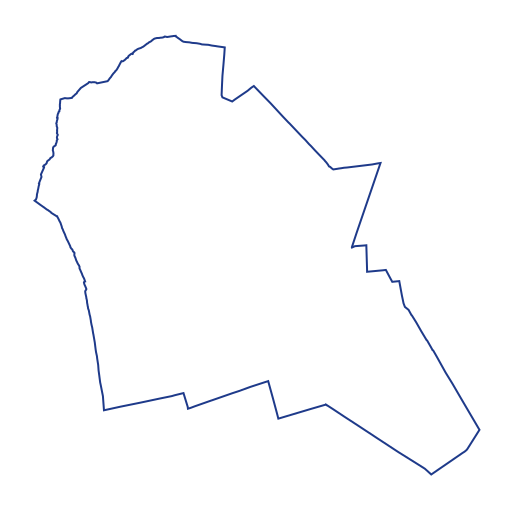 the district of Buzias, Timis, Romania, rotated 179°
{"feature_id": "2599482B41254091250904", "entity_name": "Buzias", "entity_type": "district", "adm_level": 2, "iso_a3": "ROU", "parent_name": "Romania", "parent_adm1": "Timis", "projection": "orthographic", "projection_center": [21.63, 45.631], "detail": "fine", "context": "isolated", "style": "outline", "palette": "blue", "viewbox_px": 512, "rotation_deg": 179, "n_neighbors": 0, "source": "geoboundaries", "source_scale": "gbopen_adm2", "svg_char_len": 6070}
<svg xmlns="http://www.w3.org/2000/svg" viewBox="0 0 512 512"><g transform="rotate(179 256 256)"><path d="M448.8,416.0L448.9,415.7L449.0,415.3L449.0,415.1L449.0,414.7L449.2,413.2L449.2,412.4L449.4,411.3L449.5,410.3L449.4,409.9L449.5,409.0L449.4,407.8L449.4,407.3L449.3,407.1L449.3,406.7L450.1,405.0L450.1,404.7L450.1,404.0L450.8,403.5L451.0,403.1L451.1,402.5L451.1,402.3L451.4,401.9L451.8,401.0L451.9,400.3L452.3,398.3L452.5,397.9L452.6,397.6L452.5,397.4L452.4,397.3L452.0,397.8L451.9,397.6L452.1,396.5L452.2,395.9L452.5,395.2L452.8,394.2L452.9,393.1L453.3,392.4L453.4,392.2L453.3,391.8L453.0,390.8L453.0,390.4L453.0,389.7L453.0,389.2L452.6,388.2L452.5,387.9L452.5,386.8L452.6,386.1L452.8,385.2L452.7,384.9L452.6,384.6L452.6,384.4L452.7,384.1L452.7,383.5L452.7,383.0L452.9,382.7L452.9,382.1L452.4,381.3L452.1,380.7L452.2,380.2L452.6,379.5L452.8,378.9L453.0,378.0L452.9,377.2L452.7,376.7L452.5,376.4L452.4,376.2L452.5,376.0L453.0,375.3L453.2,374.9L453.2,374.1L453.4,373.3L453.6,372.6L454.1,371.7L454.3,371.1L454.2,370.7L454.3,370.4L454.5,370.1L454.7,369.9L455.4,369.5L456.2,369.0L456.5,368.8L457.1,367.5L457.1,366.8L457.2,366.1L457.3,365.5L457.3,365.1L457.0,364.2L456.7,362.3L456.8,361.4L456.8,361.2L456.8,360.6L456.8,360.2L457.1,359.6L457.6,359.0L457.8,358.9L458.4,358.3L458.8,358.0L459.7,357.7L460.0,357.2L460.2,356.9L460.8,356.1L462.9,354.6L463.3,353.9L463.4,353.6L463.6,353.0L463.7,352.5L463.9,352.2L464.7,351.4L465.7,350.7L466.5,350.3L466.8,350.0L467.2,349.1L466.3,348.6L466.4,348.1L469.6,341.3L469.1,338.8L470.9,334.5L471.8,332.2L471.4,331.8L472.1,329.4L472.6,326.9L473.0,325.5L473.2,324.0L473.7,322.3L474.0,321.0L474.0,320.2L474.3,318.3L475.0,316.4L476.4,315.2L472.8,312.5L470.3,310.6L466.6,307.9L464.3,306.1L463.3,305.6L462.7,305.1L460.5,303.5L459.9,302.7L454.7,299.3L454.1,299.2L454.0,298.7L453.1,297.1L451.8,294.2L451.0,292.8L450.2,290.3L449.7,288.8L449.5,287.5L448.7,285.9L448.2,284.4L446.6,280.8L446.1,279.2L445.6,277.9L445.3,277.2L445.2,276.7L444.6,275.4L444.3,275.0L443.5,273.3L441.6,269.1L441.5,268.8L441.5,268.3L441.3,267.9L441.1,267.5L440.4,266.5L440.1,266.3L439.9,266.0L439.6,265.7L439.3,265.1L439.1,264.3L438.9,263.9L438.6,263.5L437.8,262.9L437.5,262.4L437.4,262.0L437.6,261.5L437.6,259.9L437.6,259.6L437.3,258.9L436.6,257.3L436.3,256.3L435.8,254.7L434.8,252.6L434.5,251.8L433.7,250.4L433.1,249.6L433.0,249.2L432.6,248.3L432.6,248.0L432.7,247.5L432.7,247.0L432.6,246.5L432.0,245.2L431.2,243.2L430.8,242.3L430.3,241.1L429.9,239.8L429.1,238.0L428.3,236.5L427.6,234.4L427.3,233.5L428.0,233.3L428.3,233.0L428.5,232.6L428.2,231.1L427.9,230.2L427.2,228.7L427.1,228.3L426.8,227.7L426.3,226.3L426.2,226.0L426.2,225.8L426.4,225.3L426.8,224.8L427.2,224.2L427.4,223.4L427.2,221.6L427.1,221.1L426.7,219.1L426.4,217.7L426.4,216.9L426.1,215.8L425.8,214.2L425.7,212.2L425.3,210.0L425.2,208.9L425.0,208.4L424.8,206.5L424.1,204.5L423.7,202.1L423.4,200.3L422.9,198.5L422.2,193.9L422.2,193.3L421.7,190.4L421.0,187.2L420.2,181.6L419.9,180.1L418.7,172.3L418.0,165.6L417.7,163.3L417.6,162.6L416.8,158.6L416.6,156.4L415.7,149.8L415.4,144.4L414.8,139.3L414.0,132.2L413.5,129.7L411.5,118.5L410.7,104.4L394.2,107.7L374.1,111.4L354.5,115.2L342.6,117.4L339.7,118.2L330.9,120.2L326.9,106.3L326.7,104.5L324.0,105.3L320.1,106.7L303.2,112.3L302.5,112.5L281.8,119.3L275.6,121.2L264.0,125.2L246.0,130.7L241.4,112.8L237.9,98.8L236.5,93.0L203.2,102.3L189.9,105.9L188.8,106.1L188.3,105.8L188.3,106.0L181.9,101.7L170.3,93.7L154.2,82.8L149.1,79.3L137.4,71.3L117.0,57.4L107.9,51.5L90.9,40.4L84.6,34.5L52.9,55.5L50.9,56.7L48.9,58.3L48.0,59.4L35.6,78.3L37.3,81.3L53.2,109.5L61.8,124.9L68.5,136.2L76.7,151.6L80.1,157.8L80.5,158.5L81.2,158.9L81.8,160.2L86.4,168.6L86.9,168.9L92.2,178.1L97.0,186.9L101.2,193.9L101.6,194.2L104.4,199.5L108.0,202.5L109.3,206.1L110.0,209.8L110.8,213.9L113.2,228.4L120.2,227.8L121.9,231.0L126.4,239.8L129.2,239.5L145.2,238.3L145.2,241.3L145.5,264.8L147.8,264.6L156.9,264.1L159.9,262.8L160.0,263.1L155.0,277.4L129.9,346.8L133.0,346.4L138.2,345.5L140.1,345.3L163.3,342.9L166.5,342.7L169.1,342.3L171.6,342.0L171.8,342.0L172.2,341.9L177.2,341.2L178.6,342.2L180.4,343.9L181.1,344.1L181.4,344.3L181.6,344.6L182.5,346.2L184.1,348.4L185.5,350.0L185.7,350.4L191.7,356.8L195.3,360.7L199.1,365.0L201.0,366.9L204.6,371.1L207.8,374.4L220.4,388.2L220.9,388.6L226.5,394.7L238.7,408.4L245.7,415.8L255.2,426.0L257.7,424.4L261.7,421.2L268.1,417.0L274.3,412.9L277.1,410.9L286.8,415.2L287.6,417.4L287.0,427.6L286.4,436.8L285.2,448.0L284.2,457.9L283.6,465.1L284.1,465.2L291.7,466.4L292.0,466.5L296.6,467.2L300.0,468.0L302.8,468.2L306.4,468.5L308.1,469.1L311.7,469.8L316.1,470.2L318.9,470.8L322.2,471.1L324.7,471.5L325.9,472.1L328.4,474.1L330.8,475.8L331.6,476.5L332.5,477.0L332.5,477.5L334.9,477.4L335.7,477.2L336.9,477.1L341.0,476.5L343.1,477.0L343.5,477.0L343.9,476.8L344.0,476.6L344.7,476.3L345.6,476.1L346.1,476.0L348.0,475.9L348.9,475.7L349.5,475.7L350.2,475.7L351.2,475.7L353.4,475.2L354.3,474.8L354.8,474.4L356.1,473.5L356.8,472.8L357.7,472.2L359.1,471.6L359.8,471.0L360.3,470.6L361.2,470.1L361.4,470.1L361.7,469.8L364.6,467.6L365.4,467.1L366.7,466.5L367.0,466.3L367.5,466.0L369.9,465.3L370.8,464.9L371.9,464.2L372.5,463.7L373.4,463.4L373.7,462.9L374.0,462.6L374.8,462.0L375.5,461.2L375.7,460.2L375.8,460.1L376.1,460.2L376.4,460.4L376.6,460.5L377.5,460.1L378.4,459.4L379.7,458.4L380.2,457.8L380.4,457.4L380.4,457.0L380.7,456.5L380.8,456.4L381.6,456.3L382.0,456.1L382.7,455.3L384.0,454.1L384.7,453.7L385.4,453.2L385.6,453.1L386.0,453.0L386.4,453.0L386.9,452.9L387.1,452.9L387.2,453.0L388.1,451.7L388.3,451.1L389.1,449.8L389.7,448.5L390.5,447.3L391.3,445.8L392.2,444.5L392.5,444.1L392.9,443.7L393.3,443.5L393.4,443.4L393.5,443.2L394.0,442.4L395.5,440.9L396.3,439.8L396.6,439.5L397.6,438.0L397.8,437.6L398.0,437.4L399.2,436.1L400.1,434.8L401.3,433.4L411.9,431.4L412.6,432.1L414.4,432.6L416.6,432.6L417.6,432.4L418.0,432.5L419.1,432.8L419.9,432.8L420.7,431.8L428.2,427.1L431.5,423.4L432.1,422.6L432.4,421.8L432.8,421.5L433.9,420.7L435.0,419.6L435.9,418.9L436.9,418.0L437.3,417.3L440.7,416.9L442.2,416.9L444.4,417.2L448.8,416.0Z" fill="none" stroke="#1e3a8a" stroke-width="2"/></g></svg>